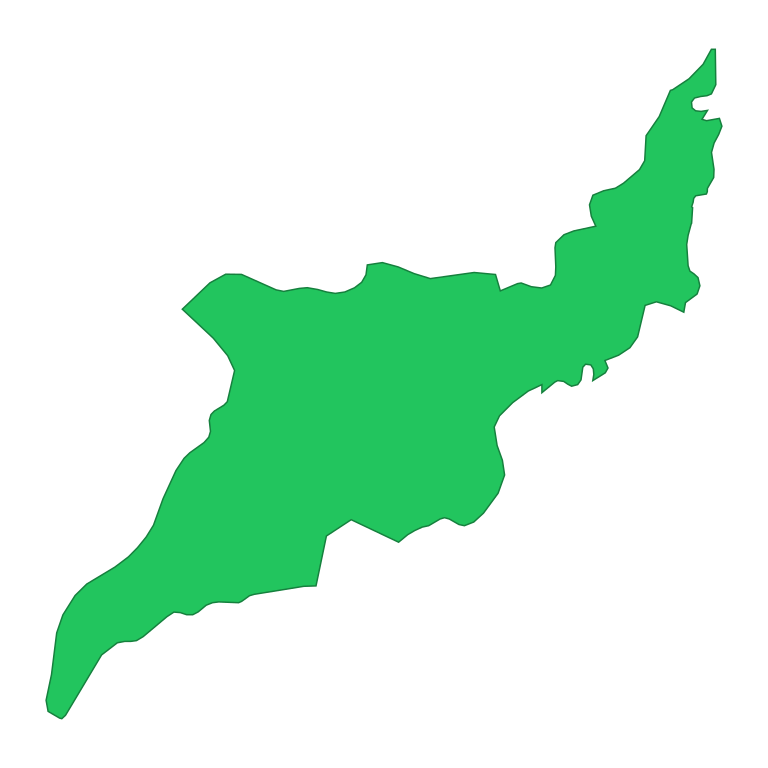 outline of Iloilo
{"feature_id": "PHL-2529", "entity_name": "Iloilo", "entity_type": "Province", "adm_level": 1, "iso_a3": "PHL", "parent_name": "Philippines", "parent_adm1": "", "projection": "orthographic", "projection_center": [122.71, 11.03], "detail": "fine", "context": "isolated", "style": "filled", "palette": "green", "viewbox_px": 768, "rotation_deg": 0, "n_neighbors": 0, "source": "natural_earth", "source_scale": "10m", "svg_char_len": 2367}
<svg xmlns="http://www.w3.org/2000/svg" viewBox="0 0 768 768"><path d="M316.0,585.9L303.8,586.3L254.3,594.3L249.5,595.7L241.6,601.4L238.6,602.7L218.8,601.9L212.5,602.7L206.2,605.2L198.2,611.9L192.8,614.7L186.6,614.7L180.3,612.6L173.9,612.1L166.9,616.7L143.2,636.6L136.5,640.6L130.7,641.4L124.7,641.4L117.3,642.8L101.6,654.9L65.5,715.3L61.8,718.7L59.6,718.1L48.1,711.4L46.1,700.3L51.5,674.6L56.7,632.9L62.9,614.9L75.1,595.5L86.8,584.0L114.9,567.1L128.4,556.9L137.5,547.7L146.2,537.0L153.5,525.2L163.1,498.6L176.0,470.5L184.1,458.3L189.9,452.7L204.0,442.6L208.8,437.2L210.5,431.4L209.3,420.4L211.0,414.5L214.4,411.0L223.9,405.2L227.3,401.7L234.6,370.5L227.7,355.7L213.2,338.1L182.3,309.2L210.0,282.8L225.7,274.2L241.5,274.4L276.2,289.9L283.7,291.4L299.4,288.4L307.3,287.7L317.7,289.5L326.6,292.0L335.3,293.4L344.8,292.0L354.5,287.8L361.7,282.3L366.0,274.8L367.3,264.9L382.4,262.6L398.1,266.9L414.1,273.6L430.3,278.6L474.1,272.5L495.5,274.5L500.3,290.9L517.6,283.6L521.2,283.0L531.3,286.7L541.7,288.0L550.5,285.0L555.4,275.4L555.8,266.9L555.0,247.8L555.8,242.6L564.0,234.7L573.9,230.9L595.8,226.2L591.3,216.2L589.5,204.8L592.9,195.2L603.8,190.7L615.4,188.2L623.5,183.2L639.5,169.6L644.7,160.7L646.1,135.7L659.2,116.6L670.4,90.4L672.7,89.7L689.0,78.8L703.1,64.3L711.4,49.3L715.3,49.3L715.8,84.7L711.4,93.9L707.0,95.7L700.6,96.5L694.5,98.0L691.5,102.0L692.1,107.9L695.6,110.8L701.1,111.4L707.5,110.4L702.0,119.3L706.5,120.7L719.4,118.4L721.9,126.2L718.7,134.4L714.1,143.0L711.5,152.4L714.0,169.3L713.7,177.5L707.4,188.4L707.3,191.7L706.4,194.0L695.7,195.8L693.7,198.4L693.1,202.3L691.6,206.8L692.6,207.6L691.6,223.3L691.2,223.9L688.1,235.4L686.7,244.5L688.1,265.7L689.9,271.1L694.0,273.9L698.0,277.6L699.9,285.8L697.1,294.0L685.5,302.6L683.8,312.2L670.7,305.8L656.4,301.8L645.1,305.4L637.6,336.9L629.9,347.7L618.6,355.2L604.9,360.5L608.0,368.0L605.3,372.8L592.8,380.6L593.8,374.5L593.3,368.8L590.8,364.9L585.6,364.2L582.8,367.2L581.0,379.9L577.7,384.6L571.6,386.2L567.8,384.2L563.7,381.4L557.7,380.6L554.8,382.1L541.9,392.7L541.9,384.6L528.3,391.0L512.7,402.6L499.5,415.8L494.2,427.0L497.1,445.5L502.4,460.3L504.6,475.0L498.1,493.2L483.5,513.1L473.8,522.0L464.4,525.7L458.9,524.5L449.3,519.0L444.5,517.7L440.1,519.0L428.7,525.7L422.2,527.1L414.8,530.5L407.8,534.6L398.6,542.2L351.2,519.7L326.4,536.0L316.0,585.9Z" fill="#22c55e" stroke="#15803d" stroke-width="1.5"/></svg>